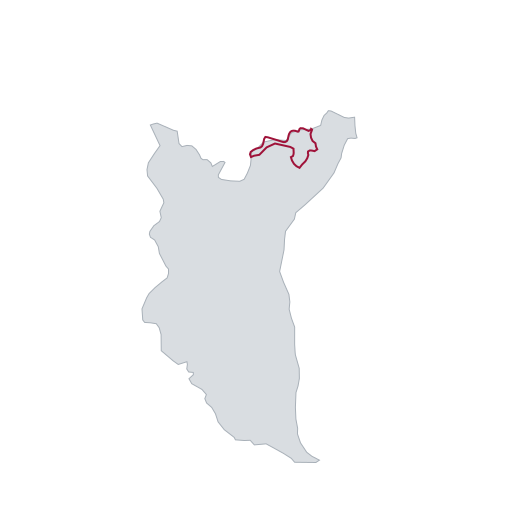 Taraclia highlighted on a map of Moldova, rotated 210°
{"feature_id": "MDA-1625", "entity_name": "Taraclia", "entity_type": "District", "adm_level": 1, "iso_a3": "MDA", "parent_name": "Moldova", "parent_adm1": "", "projection": "robinson", "projection_center": [28.676, 45.978], "detail": "fine", "context": "in_parent", "style": "outline", "palette": "rose", "viewbox_px": 512, "rotation_deg": 210, "n_neighbors": 0, "source": "natural_earth", "source_scale": "10m", "svg_char_len": 2745}
<svg xmlns="http://www.w3.org/2000/svg" viewBox="0 0 512 512"><g transform="rotate(210 256 256)"><path d="M99.0,110.9L100.9,107.1L119.4,96.7L124.2,98.4L133.8,98.8L153.3,98.4L163.0,91.6L168.9,93.5L173.8,90.4L181.9,86.5L183.1,87.3L184.1,88.0L196.6,89.7L205.9,93.4L212.2,99.1L218.6,102.7L225.3,104.0L229.0,106.9L229.7,111.2L236.0,113.4L247.8,113.3L252.7,116.2L250.9,121.9L252.1,123.8L256.3,121.9L259.5,123.6L261.2,127.8L263.0,129.9L269.1,123.2L275.4,123.8L290.7,126.6L298.9,140.5L304.0,145.5L308.5,147.5L314.2,145.3L319.2,142.8L322.1,144.0L328.3,153.2L329.8,165.2L329.8,170.1L327.6,178.2L324.4,186.9L322.0,192.6L323.0,197.1L325.3,201.0L328.9,202.2L340.9,209.9L345.3,215.2L351.8,219.2L356.7,219.4L359.3,221.6L360.2,224.3L359.6,231.2L356.8,237.6L357.2,241.8L361.6,246.7L362.1,252.3L362.4,256.0L364.7,258.8L375.7,265.1L389.9,271.1L393.6,276.3L395.8,282.9L395.2,294.0L394.3,303.6L413.0,316.6L410.9,319.0L408.1,321.6L390.3,323.6L386.7,324.7L378.9,314.9L374.8,313.7L371.0,317.3L366.6,319.3L361.2,318.3L355.4,315.3L352.5,313.1L350.1,312.9L346.5,315.0L341.7,314.1L338.6,311.7L334.1,320.0L331.3,321.7L329.6,321.5L329.2,307.4L327.9,305.3L324.3,305.0L315.7,308.3L307.4,312.6L304.6,316.5L304.9,323.4L306.1,331.7L311.8,344.2L308.7,349.7L306.5,358.4L297.7,366.3L287.7,371.0L286.8,380.5L281.3,387.0L271.7,393.5L265.3,401.4L266.9,406.7L267.3,411.8L266.2,415.3L266.0,418.0L263.5,419.1L248.9,420.1L244.8,421.7L240.0,425.5L235.5,418.4L231.0,412.2L227.6,408.9L229.0,407.3L232.7,405.6L235.3,403.5L235.0,396.1L233.1,387.6L231.4,383.5L231.2,377.0L230.0,367.0L231.8,348.4L239.1,325.0L243.2,313.4L241.2,307.1L242.8,292.2L239.7,284.9L234.8,275.3L227.8,254.4L219.1,247.1L208.3,239.2L203.7,233.1L200.7,226.5L194.3,219.9L187.0,213.8L178.3,198.7L173.8,191.9L172.4,190.0L162.4,180.3L157.2,171.6L154.6,164.4L153.1,157.7L146.2,144.6L139.9,134.7L133.8,127.6L131.1,122.6L124.0,116.4L114.0,111.4L107.4,110.5L99.0,110.9Z" fill="#d9dde1" stroke="#a8b0b8" stroke-width="1"/><path d="M309.8,339.2L312.1,341.1L312.6,343.5L311.5,346.2L309.5,349.2L306.4,352.2L305.7,354.0L305.9,356.7L307.5,361.6L307.4,363.8L305.1,364.7L289.4,368.3L287.8,369.2L286.8,370.8L286.7,372.7L288.0,376.6L288.4,378.4L288.3,380.7L287.6,382.1L286.5,383.1L284.8,384.0L282.1,384.5L281.4,385.0L281.4,385.6L281.6,386.7L281.8,387.8L281.4,388.9L279.1,390.1L273.0,390.6L271.6,392.7L271.8,393.6L270.6,393.4L269.8,388.9L267.5,386.0L264.5,383.9L260.9,383.4L258.8,380.8L256.3,379.0L257.7,376.1L260.5,375.2L262.2,374.3L263.2,372.5L262.4,370.9L261.2,369.7L260.5,366.3L260.6,362.7L261.8,358.3L262.4,354.1L265.9,354.0L269.2,354.8L272.6,356.7L275.2,359.1L274.0,361.0L274.3,362.6L274.9,364.1L277.2,367.7L280.8,367.6L295.8,362.9L301.1,355.4L303.7,345.3L307.9,341.8L309.8,339.2Z" fill="none" stroke="#9f1239" stroke-width="2"/></g></svg>